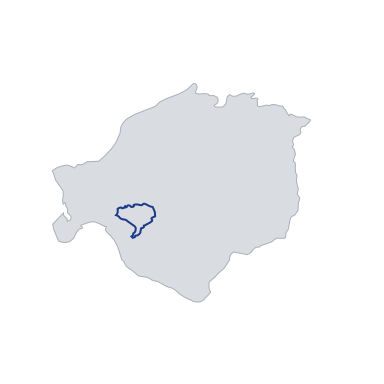 Vrancea highlighted on a map of Romania, rotated 147°
{"feature_id": "ROU-317", "entity_name": "Vrancea", "entity_type": "County", "adm_level": 1, "iso_a3": "ROU", "parent_name": "Romania", "parent_adm1": "", "projection": "mercator", "projection_center": [27.101, 45.78], "detail": "fine", "context": "in_parent", "style": "outline", "palette": "blue", "viewbox_px": 384, "rotation_deg": 147, "n_neighbors": 0, "source": "natural_earth", "source_scale": "10m", "svg_char_len": 5394}
<svg xmlns="http://www.w3.org/2000/svg" viewBox="0 0 384 384"><g transform="rotate(147 192 192)"><path d="M286.8,215.7L289.9,220.0L293.8,222.3L302.9,224.7L303.7,224.4L303.8,224.0L303.2,223.3L303.1,222.5L303.5,221.5L304.8,221.5L306.8,222.4L310.7,221.1L316.5,217.7L321.7,217.0L326.5,219.0L329.0,221.4L330.6,223.6L330.1,226.4L329.8,228.1L328.5,235.2L327.6,237.9L326.2,240.9L311.3,244.4L312.3,242.7L311.9,239.7L311.3,237.5L312.7,235.4L309.3,234.7L307.9,235.8L306.7,237.8L307.7,242.3L306.1,244.7L305.5,246.1L305.4,249.4L304.4,250.8L304.3,252.4L306.6,252.0L305.6,254.8L301.1,260.2L299.5,263.4L299.9,276.1L297.9,283.7L297.8,285.9L293.0,286.0L291.6,285.8L287.1,284.7L282.1,282.7L279.1,278.8L277.2,276.0L273.0,277.2L272.2,276.9L271.0,275.6L267.8,274.6L263.8,274.6L254.9,269.5L253.9,268.6L246.9,269.5L236.4,272.0L228.4,275.2L220.1,280.7L216.7,284.9L212.9,287.2L207.3,288.8L197.4,288.2L187.1,286.1L176.1,283.8L170.1,285.1L162.0,284.1L149.9,281.4L140.8,280.6L131.8,282.2L130.3,281.0L130.0,279.6L130.3,277.6L131.6,276.0L133.8,274.8L134.9,273.5L135.0,272.3L132.6,270.3L127.6,267.5L125.6,265.8L125.1,265.3L124.9,263.8L123.9,262.5L122.0,261.7L120.5,260.0L119.4,257.7L119.6,255.5L121.1,253.4L123.1,252.5L125.4,252.7L126.4,252.2L126.0,250.7L123.7,248.8L119.5,246.5L115.2,247.8L110.8,252.5L107.6,253.3L105.7,250.1L102.3,248.2L97.3,247.6L94.3,246.4L93.1,244.5L90.9,243.1L86.2,241.6L86.1,240.1L86.9,239.8L88.6,239.6L90.9,239.3L91.2,238.5L91.2,237.8L89.4,236.8L87.6,236.2L86.7,235.5L86.1,234.8L86.0,234.0L86.5,233.5L87.2,233.5L87.9,233.0L88.3,231.3L89.3,229.9L90.0,229.3L90.0,228.3L89.3,227.3L88.3,226.4L86.8,225.9L82.3,224.4L80.0,222.3L78.6,222.2L76.3,221.1L73.9,219.2L71.8,216.6L69.6,214.9L69.0,214.3L69.0,213.6L69.4,212.9L69.4,212.1L68.8,209.5L69.2,206.8L69.1,204.3L69.0,203.1L68.6,202.8L68.2,203.2L67.7,203.7L67.1,203.8L65.5,201.9L63.4,198.1L61.9,196.9L59.2,195.1L56.8,193.7L55.2,190.5L53.4,188.0L54.6,187.0L61.2,185.6L64.3,187.0L65.7,186.5L67.1,185.3L67.8,184.4L67.9,183.4L68.6,182.2L70.9,181.6L76.8,182.4L79.2,180.7L80.1,179.8L80.6,177.7L81.2,176.1L83.4,175.2L83.3,173.7L83.0,172.0L84.3,168.4L85.0,166.9L86.2,166.3L87.7,165.1L90.2,162.7L89.6,160.6L90.1,159.1L92.7,155.3L94.7,151.6L94.7,149.8L95.0,148.2L96.8,146.4L98.6,144.1L101.1,137.0L102.0,135.8L103.6,134.4L104.8,133.0L104.9,128.3L106.0,126.9L108.2,125.4L110.3,122.9L112.1,120.0L113.4,118.6L115.2,118.2L117.1,117.1L119.3,116.7L121.4,117.2L122.7,116.9L124.7,115.5L129.9,110.1L130.6,109.0L131.6,108.3L135.8,106.4L136.9,104.6L138.3,102.9L140.1,103.0L146.2,107.2L152.6,106.9L153.8,107.1L154.2,107.1L155.0,107.5L163.5,109.5L164.9,109.3L165.2,109.1L168.7,110.8L171.7,110.6L174.6,109.4L177.7,109.0L180.4,109.7L182.5,112.1L188.0,117.2L189.6,119.0L192.2,118.8L194.9,117.8L197.7,114.5L206.4,110.6L213.0,109.7L219.4,108.1L226.8,107.1L229.0,103.9L230.2,101.8L231.0,97.8L235.0,96.6L238.8,95.8L240.2,95.3L243.0,95.2L245.1,95.5L248.4,97.5L250.8,99.9L251.7,101.9L253.7,104.6L255.8,108.5L258.1,113.6L258.6,116.2L259.5,119.0L261.2,122.4L264.5,126.2L264.9,126.9L266.4,129.6L269.3,135.4L271.7,137.7L273.8,140.3L274.8,142.8L276.3,145.2L279.9,148.2L282.7,151.0L285.0,159.0L286.6,162.7L287.6,165.4L287.1,171.1L287.8,173.5L286.5,177.9L284.1,186.8L283.5,193.8L283.9,197.5L284.0,200.0L284.6,201.5L285.2,204.7L285.3,207.5L284.5,208.2L283.3,208.9L282.8,209.5L283.9,210.7L285.4,213.0L286.8,215.7Z" fill="#d9dde1" stroke="#a8b0b8" stroke-width="1"/><path d="M233.2,200.9L233.4,198.9L233.9,196.7L233.9,196.1L234.4,194.7L236.2,191.7L239.6,192.2L240.5,191.8L240.6,191.4L240.6,190.6L240.7,190.2L240.9,189.8L241.2,189.5L241.7,189.4L244.5,189.2L245.4,189.4L246.7,189.4L247.4,189.6L247.9,189.7L248.5,189.5L249.0,189.5L249.4,189.6L250.5,190.1L250.8,190.0L250.9,189.8L251.0,189.6L251.1,189.2L251.4,188.9L251.9,188.7L252.3,188.7L252.7,188.7L254.3,189.3L254.6,189.2L254.9,189.0L255.2,188.4L255.5,188.0L256.3,187.5L256.6,187.2L257.1,186.5L257.4,186.1L258.2,185.7L260.3,185.3L261.1,185.3L261.7,185.4L262.9,186.1L263.4,186.2L263.8,186.1L264.0,185.9L264.1,185.6L264.4,185.4L264.6,185.3L265.7,185.6L266.6,185.8L267.0,187.7L265.3,187.8L265.0,188.0L264.6,188.3L264.4,188.7L263.9,189.2L263.4,189.3L262.4,189.4L261.6,189.5L261.0,189.9L260.4,190.4L259.7,191.3L259.2,191.8L259.0,192.1L258.8,192.5L258.7,193.0L258.7,193.9L258.9,195.0L262.1,202.9L262.2,203.5L262.4,204.1L262.6,204.5L263.4,205.5L263.6,205.8L264.4,206.2L264.7,206.4L264.9,206.7L265.0,207.0L265.2,207.3L265.8,207.9L266.2,208.4L266.4,209.0L266.6,209.9L266.7,210.4L266.6,210.8L266.7,211.1L267.3,212.5L267.5,213.0L268.3,213.9L266.6,214.5L266.0,214.9L265.5,215.4L264.7,216.4L264.0,217.5L263.7,218.3L262.4,218.4L261.8,218.3L260.3,217.9L260.1,217.8L259.9,217.5L259.8,217.1L259.7,216.8L259.6,216.5L259.4,216.3L259.1,216.2L258.5,216.3L258.3,216.2L258.0,215.9L257.7,215.7L257.2,215.6L256.9,215.7L256.6,216.0L256.4,216.2L256.2,216.5L255.9,216.6L255.6,216.5L255.5,216.1L255.6,215.4L255.6,215.1L255.4,215.0L255.0,215.0L254.6,215.1L253.9,215.5L253.6,215.6L253.2,215.7L252.8,215.5L252.3,215.2L251.5,214.4L251.3,213.8L251.3,213.3L251.3,213.0L251.1,212.6L250.6,212.2L249.8,211.8L249.1,211.7L248.6,211.7L248.4,211.9L248.3,212.0L248.4,212.3L248.5,212.4L248.4,212.5L248.2,212.8L247.8,212.8L247.3,212.7L246.7,212.6L246.4,212.4L245.2,211.7L244.2,211.0L243.5,210.1L241.7,208.5L241.0,208.3L240.6,208.3L240.3,208.4L240.0,208.5L239.5,208.5L238.7,208.4L238.2,208.0L237.6,207.3L235.7,203.9L234.5,202.2L233.2,200.9Z" fill="none" stroke="#1e3a8a" stroke-width="2"/></g></svg>